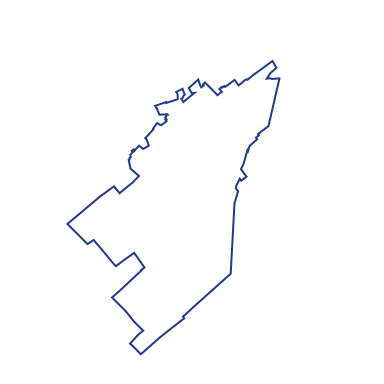 the district of Hopelchén, Campeche, Mexico, rotated 48°
{"feature_id": "50627088B35254539369817", "entity_name": "Hopelchén", "entity_type": "district", "adm_level": 2, "iso_a3": "MEX", "parent_name": "Mexico", "parent_adm1": "Campeche", "projection": "natural_earth1", "projection_center": [-89.782, 19.541], "detail": "fine", "context": "isolated", "style": "outline", "palette": "blue", "viewbox_px": 384, "rotation_deg": 48, "n_neighbors": 0, "source": "geoboundaries", "source_scale": "gbopen_adm2", "svg_char_len": 3446}
<svg xmlns="http://www.w3.org/2000/svg" viewBox="0 0 384 384"><g transform="rotate(48 192 192)"><path d="M146.3,65.8L146.2,66.3L146.2,66.6L146.2,67.0L146.1,67.8L145.7,75.8L145.2,75.8L144.3,76.9L144.2,81.3L144.0,85.5L144.0,86.0L142.3,85.9L142.0,85.8L141.8,85.8L137.7,85.4L137.4,85.4L137.1,85.4L136.9,88.5L136.7,90.9L136.6,92.9L136.6,94.0L136.0,95.0L136.1,96.2L136.1,97.1L134.8,97.2L134.6,99.8L133.8,99.8L133.8,102.7L137.5,102.8L137.1,108.3L135.5,108.3L134.0,108.4L131.8,108.5L131.6,108.5L130.9,108.5L129.6,108.6L128.5,108.6L127.6,108.7L126.5,108.7L125.4,108.8L124.4,108.8L123.4,108.9L122.3,108.9L121.7,108.9L120.9,109.0L119.3,109.0L119.4,112.0L120.6,112.0L120.5,115.0L117.9,114.5L112.6,112.1L112.6,124.9L118.5,126.1L120.0,124.0L119.9,125.4L119.6,133.0L119.3,138.1L115.6,137.7L115.8,136.1L115.5,135.6L114.9,134.0L114.8,132.3L109.0,130.0L107.1,136.8L108.3,136.9L109.7,137.3L112.6,139.6L113.5,140.5L112.7,142.4L112.6,142.7L112.5,142.9L112.3,143.3L112.1,143.8L111.5,145.2L111.4,145.3L110.8,146.6L109.1,150.4L108.6,151.5L107.9,151.0L107.6,151.9L107.5,152.0L105.8,156.0L103.3,161.9L106.0,162.3L106.2,162.1L112.8,164.5L117.7,158.3L118.2,158.3L117.1,159.8L118.6,160.4L118.7,162.1L121.1,162.4L120.7,163.5L122.4,163.7L122.3,164.8L121.8,170.2L118.8,171.4L117.4,171.9L118.5,176.8L119.0,178.6L119.6,178.7L119.7,179.9L119.9,182.0L120.0,183.2L120.3,185.6L120.5,188.5L120.7,190.6L120.9,190.6L122.0,190.7L122.0,190.4L125.3,191.7L128.7,193.1L127.4,199.3L127.3,199.5L124.0,200.1L122.1,200.4L122.4,203.3L122.9,207.5L121.4,206.8L121.1,209.2L122.7,209.5L122.8,210.6L122.9,211.0L122.9,211.4L123.0,211.7L123.1,212.9L123.3,212.9L123.8,213.3L124.2,213.6L124.9,214.2L125.1,214.4L125.0,214.9L124.8,215.5L125.6,216.3L125.8,216.5L126.0,216.6L125.7,217.3L125.7,217.5L127.0,218.2L128.1,218.9L129.4,219.7L131.9,221.1L132.9,221.7L133.5,222.1L134.4,221.9L135.3,221.8L136.2,221.7L137.1,221.6L139.7,221.3L140.6,221.2L142.4,221.0L142.8,220.9L144.6,220.7L145.0,226.3L145.2,229.2L145.2,230.1L145.1,231.5L144.6,242.6L144.5,244.6L144.5,246.6L142.6,246.5L140.8,246.4L139.7,246.4L138.9,246.3L138.0,246.3L137.0,246.2L135.6,246.2L133.8,263.7L132.4,305.2L132.4,306.0L139.9,305.6L160.8,304.5L161.8,297.2L176.4,297.6L181.5,297.8L191.3,298.3L196.2,298.2L196.9,289.8L198.5,275.7L216.3,277.8L216.0,281.8L216.4,281.8L216.5,286.5L217.0,311.5L216.9,322.0L228.7,321.4L237.1,321.0L249.8,321.8L262.4,321.1L262.0,327.6L263.3,339.5L267.4,339.0L278.3,338.6L278.6,312.6L279.5,298.4L280.3,286.9L280.7,282.3L278.6,282.1L278.5,267.7L278.5,261.5L278.5,253.7L278.5,249.3L278.6,217.9L275.6,214.9L274.7,214.0L250.6,189.8L228.9,168.1L228.3,167.2L226.2,163.6L222.3,157.3L220.9,157.2L220.5,157.1L219.3,157.0L219.2,157.0L218.9,156.9L218.5,156.9L216.8,154.5L216.3,153.3L216.1,152.6L214.1,147.6L216.5,148.0L216.7,145.6L216.8,144.9L217.1,141.2L213.1,140.9L212.5,140.8L212.0,140.7L211.7,140.7L211.4,140.6L210.9,140.6L210.0,140.6L209.8,140.5L209.6,140.5L208.9,140.4L207.8,140.3L207.6,139.8L207.3,139.0L207.1,138.5L207.0,138.4L206.9,138.1L206.7,137.6L206.3,136.6L206.1,136.0L205.8,135.4L205.7,135.2L205.3,134.6L205.1,134.2L204.8,133.7L204.6,133.3L204.3,132.9L204.1,132.5L203.8,132.1L203.6,131.7L203.4,131.4L198.1,123.0L199.2,123.2L196.3,118.4L196.4,108.3L194.4,108.1L194.7,104.5L193.1,104.3L194.2,91.1L178.1,68.1L168.3,54.1L166.2,51.1L165.4,51.7L161.6,56.9L160.7,57.3L158.9,58.8L157.8,60.6L156.1,54.3L156.1,53.0L156.2,46.2L148.5,44.5L148.0,49.3L147.5,54.6L146.3,65.8Z" fill="none" stroke="#1e3a8a" stroke-width="2"/></g></svg>